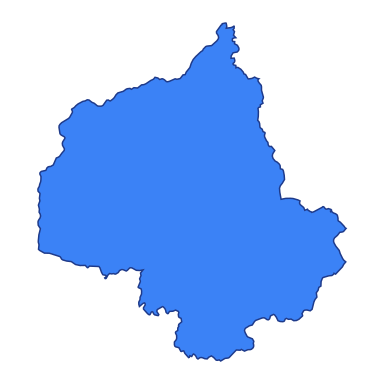 the district of Huu Lung, Lạng Sơn, Vietnam
{"feature_id": "81297802B35079403712963", "entity_name": "Huu Lung", "entity_type": "district", "adm_level": 2, "iso_a3": "VNM", "parent_name": "Vietnam", "parent_adm1": "Lạng Sơn", "projection": "mercator", "projection_center": [106.335, 21.575], "detail": "fine", "context": "isolated", "style": "filled", "palette": "blue", "viewbox_px": 384, "rotation_deg": 0, "n_neighbors": 0, "source": "geoboundaries", "source_scale": "gbopen_adm2", "svg_char_len": 5920}
<svg xmlns="http://www.w3.org/2000/svg" viewBox="0 0 384 384"><path d="M82.8,101.4L78.1,103.9L75.9,105.7L74.3,107.5L71.7,109.1L71.6,109.5L72.4,111.2L72.4,112.4L69.7,117.3L68.5,118.5L61.6,122.7L60.0,124.3L59.1,125.8L59.0,127.5L60.0,133.8L61.1,135.0L64.4,136.9L64.9,137.7L64.8,138.5L62.8,141.7L62.3,143.2L62.5,145.3L64.4,148.8L64.2,150.4L61.8,153.2L59.6,156.3L58.3,157.2L56.3,158.0L53.3,164.9L50.8,166.4L49.0,166.6L47.9,167.0L46.8,168.1L46.2,169.8L45.7,170.4L41.4,171.4L40.5,172.1L39.9,173.0L39.9,174.1L41.0,176.6L40.9,180.1L40.6,181.9L39.7,184.3L39.3,186.4L38.1,188.4L37.9,189.7L38.1,191.3L39.7,193.0L40.0,193.7L39.4,198.3L39.9,200.9L38.4,205.1L39.4,209.1L39.1,212.2L40.2,214.1L40.6,216.0L40.1,217.8L38.4,220.5L38.0,221.9L38.2,225.2L40.4,228.7L38.9,234.8L38.3,240.9L38.3,242.2L39.0,244.8L38.5,249.3L39.6,250.4L44.4,253.1L49.3,253.2L59.7,256.5L60.4,257.0L61.6,259.1L62.7,259.9L66.5,261.0L71.3,261.6L75.5,264.5L80.1,265.5L85.3,265.4L87.3,267.6L87.8,267.7L89.5,266.1L98.9,266.5L99.9,267.8L101.5,272.3L102.6,274.3L103.0,274.8L105.7,275.3L106.2,275.8L105.9,277.0L104.7,277.9L105.2,278.6L105.7,278.6L106.2,278.3L108.0,275.0L109.6,273.5L111.5,273.9L113.8,273.6L115.0,274.1L115.8,274.0L118.3,272.5L119.5,270.6L121.4,269.6L122.9,269.6L126.2,271.0L127.4,270.3L129.6,268.0L130.9,267.7L132.1,268.0L136.3,270.3L139.9,270.5L143.0,269.9L140.5,273.1L141.0,275.5L139.6,278.9L140.3,280.8L140.3,281.7L138.1,287.1L138.4,287.6L141.1,288.9L141.6,290.9L141.5,294.1L140.1,297.2L140.0,299.6L138.8,302.1L138.8,304.2L139.4,306.5L143.1,303.3L144.6,302.9L145.1,303.7L145.2,304.9L143.5,307.7L143.5,309.1L147.7,313.8L149.2,314.8L150.0,314.6L151.3,312.1L152.1,311.7L152.8,312.0L153.7,313.9L154.6,314.8L157.3,315.5L158.4,315.5L158.8,314.5L156.9,311.7L157.0,310.1L157.7,309.3L162.5,306.6L163.3,306.9L164.7,308.4L165.5,309.9L166.1,312.4L167.4,313.6L168.2,313.5L169.5,311.4L173.0,311.2L175.6,310.1L178.3,311.4L178.8,312.4L178.3,314.5L178.6,316.7L179.1,317.4L181.1,318.4L181.7,321.8L178.8,324.3L178.5,325.4L178.8,326.2L177.8,327.9L177.7,330.5L176.0,331.6L175.5,332.3L175.6,333.3L176.6,335.3L176.7,338.1L176.3,339.6L174.4,342.0L174.4,344.8L174.8,346.1L175.6,346.8L178.9,347.7L180.8,351.3L181.3,351.5L183.1,350.9L183.8,351.0L184.9,353.4L188.6,357.6L189.4,357.3L189.9,355.7L191.7,356.5L193.1,354.3L193.5,354.0L194.6,354.6L195.9,356.2L196.9,358.2L198.0,359.0L199.8,357.7L201.3,357.5L202.7,357.8L204.8,358.7L207.2,358.9L208.8,357.2L211.4,355.9L213.7,357.5L216.1,360.1L217.3,360.3L219.3,359.9L220.7,361.0L225.0,358.4L228.2,358.0L229.2,357.5L236.3,350.0L240.3,350.2L241.3,349.4L244.5,351.1L247.9,349.7L250.4,349.6L251.5,349.2L253.0,347.9L253.6,346.7L253.7,345.1L253.3,343.4L253.8,341.3L252.4,338.8L247.9,337.0L247.1,336.3L245.2,332.7L244.5,330.7L244.8,329.3L245.5,328.2L249.4,325.8L252.3,325.0L254.5,321.5L255.7,320.4L261.8,318.1L263.1,317.8L264.5,317.9L267.2,319.7L268.5,319.8L269.6,318.8L270.5,315.9L273.5,314.4L274.6,314.9L276.3,317.2L278.0,320.7L280.1,321.5L282.7,321.7L283.9,321.4L284.5,320.8L285.1,319.2L286.3,318.4L288.4,319.3L291.1,319.1L293.8,320.7L296.4,320.5L298.9,319.3L302.5,316.0L302.6,315.3L302.0,313.7L303.7,310.7L305.0,310.1L307.0,310.0L310.2,310.8L312.1,309.3L313.9,302.0L315.0,299.5L316.9,297.1L316.3,292.8L318.1,290.3L318.8,287.4L320.9,286.1L321.1,281.5L322.5,278.0L323.4,277.4L328.9,275.8L331.9,275.5L333.7,274.2L334.0,273.3L335.6,274.1L342.4,266.9L343.7,264.4L345.8,261.9L343.7,260.1L342.6,258.5L340.2,253.6L339.2,250.4L335.9,246.3L334.1,243.1L333.6,241.6L333.6,239.7L334.6,237.8L337.4,235.4L339.8,232.3L342.2,232.0L343.5,231.5L346.1,228.4L345.3,228.0L343.9,226.0L340.3,222.2L338.3,220.9L338.0,220.1L338.0,218.1L337.3,215.1L335.7,213.8L333.3,212.9L331.8,211.6L330.7,211.8L330.5,211.1L331.4,210.7L331.6,210.2L330.9,209.4L328.3,208.6L327.1,209.1L326.0,209.1L325.2,208.6L324.1,207.1L323.4,206.7L322.8,206.7L322.0,207.4L313.7,211.8L311.7,212.4L311.2,211.8L310.0,211.5L309.4,210.9L308.3,210.5L307.5,209.2L304.8,210.3L303.7,207.5L300.2,204.6L299.7,203.6L299.5,203.0L300.0,200.9L297.9,199.9L293.0,198.5L290.3,198.3L285.6,198.4L281.1,199.3L279.8,192.3L279.5,188.2L280.3,185.8L282.4,183.1L284.5,179.5L284.2,175.3L283.4,170.9L282.6,169.4L280.4,168.8L280.1,165.6L279.4,164.2L277.3,162.2L275.2,161.1L273.1,158.6L272.3,156.1L272.7,153.9L274.8,150.5L271.4,146.4L269.5,146.5L268.7,145.7L268.2,144.8L267.9,142.4L266.6,140.9L264.6,136.9L264.5,135.1L265.1,133.0L264.8,132.4L263.0,131.6L262.2,129.2L260.2,127.7L259.9,126.8L259.6,123.4L258.9,121.6L257.7,120.4L258.3,116.2L258.4,111.4L258.0,108.5L258.6,107.5L260.4,106.9L260.3,104.8L263.0,103.2L262.2,100.8L263.3,98.0L263.4,97.1L261.5,90.3L261.5,86.8L261.2,85.3L259.1,82.8L258.0,81.0L258.1,79.4L258.9,78.8L256.9,78.3L254.6,77.1L252.0,78.4L248.8,78.9L248.1,78.8L245.6,74.5L243.8,73.8L243.4,72.3L240.9,69.3L238.1,67.5L236.8,67.4L236.0,67.8L235.8,65.4L233.6,64.9L233.2,64.5L233.1,63.4L234.2,62.5L234.7,61.5L234.8,60.3L234.2,58.1L231.0,58.3L231.2,55.9L233.1,52.8L237.2,52.0L238.6,50.5L239.0,49.1L238.8,47.9L237.4,45.3L234.5,43.7L234.7,41.6L232.7,41.4L232.3,40.5L232.5,38.6L234.2,37.9L235.8,37.7L233.5,35.2L234.5,31.6L233.1,29.7L234.1,28.4L234.2,26.3L233.8,26.2L232.4,27.1L230.9,27.6L226.3,28.2L226.8,26.3L226.2,23.2L225.3,23.0L222.2,23.7L221.9,24.7L221.1,25.1L216.5,31.5L216.5,33.0L218.2,35.6L218.6,37.5L218.3,38.8L216.9,40.8L211.6,45.6L207.0,46.1L205.7,46.6L203.3,49.1L202.6,50.6L200.8,51.8L195.8,56.5L193.2,59.5L191.3,63.2L189.9,67.5L186.2,72.1L185.2,74.6L183.0,74.9L180.6,78.0L179.9,78.6L176.9,79.3L175.7,78.9L174.9,78.9L169.2,81.4L167.1,81.8L166.3,81.5L164.5,79.8L162.7,78.8L161.8,78.8L159.7,79.5L157.9,78.0L155.0,77.3L153.5,79.2L150.7,80.5L146.0,83.7L144.0,84.6L141.5,84.9L137.6,88.0L133.9,87.7L131.4,89.3L130.0,88.4L127.5,88.7L126.3,89.1L123.3,91.3L117.9,92.9L116.0,94.8L114.3,97.6L112.7,99.2L110.4,100.9L109.6,100.8L108.3,100.0L106.7,100.2L103.0,105.4L101.3,106.2L98.2,106.1L97.3,105.8L94.3,103.3L91.9,102.3L89.0,100.0L87.2,99.8L85.2,100.9L82.8,101.4Z" fill="#3b82f6" stroke="#1e3a8a" stroke-width="1.5"/></svg>